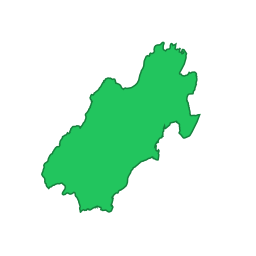 Antsohihy, Sofia, Madagascar (Equal Earth projection), rotated 26°
{"feature_id": "10022922B54557741887580", "entity_name": "Antsohihy", "entity_type": "district", "adm_level": 2, "iso_a3": "MDG", "parent_name": "Madagascar", "parent_adm1": "Sofia", "projection": "equal_earth", "projection_center": [48.096, -14.972], "detail": "fine", "context": "isolated", "style": "filled", "palette": "green", "viewbox_px": 256, "rotation_deg": 26, "n_neighbors": 0, "source": "geoboundaries", "source_scale": "gbopen_adm2", "svg_char_len": 5831}
<svg xmlns="http://www.w3.org/2000/svg" viewBox="0 0 256 256"><g transform="rotate(26 128 128)"><path d="M122.4,224.0L122.4,223.4L123.1,221.9L124.0,220.9L125.2,221.1L126.3,220.1L126.7,220.1L126.8,219.9L126.7,219.3L127.0,219.0L127.0,218.6L128.2,218.1L128.5,218.6L129.1,218.6L130.1,218.0L132.0,214.8L132.9,214.0L133.4,214.0L133.3,213.3L133.5,213.1L133.9,212.6L134.7,212.8L134.4,212.3L134.6,211.8L135.9,211.7L136.4,211.4L137.2,211.6L138.4,211.3L139.2,212.3L139.3,213.2L139.8,213.4L140.9,213.0L141.4,213.2L144.1,211.5L146.4,211.9L147.7,211.8L148.4,211.2L149.4,209.8L149.1,205.7L148.9,205.5L148.6,205.6L148.1,205.0L147.5,205.2L147.5,204.5L147.3,204.4L146.6,204.5L146.5,203.7L146.5,202.6L145.9,199.6L145.6,199.4L145.6,198.2L145.0,198.3L144.8,197.4L144.3,197.6L144.0,197.3L144.3,196.6L144.2,196.1L144.6,195.6L144.6,193.9L145.0,193.5L145.1,192.9L145.9,191.5L147.3,190.9L147.4,190.4L147.3,188.9L147.4,188.2L148.3,187.0L148.7,187.0L149.1,186.0L149.5,185.5L150.3,184.1L151.6,180.9L151.6,179.2L151.3,177.1L149.7,173.2L149.6,170.6L149.9,167.2L149.6,165.1L150.3,162.6L150.2,161.3L151.4,159.9L152.0,158.3L152.9,156.5L153.2,155.4L153.8,154.4L154.1,153.2L155.0,152.0L156.5,150.8L156.5,150.4L158.3,148.8L159.8,146.4L161.2,145.3L162.3,143.6L163.0,143.3L163.7,144.1L164.2,144.4L165.0,143.8L165.7,144.1L166.4,144.0L167.1,144.2L168.9,143.6L168.9,143.0L168.1,140.4L167.4,138.5L166.3,137.5L166.1,135.7L165.6,134.6L164.9,134.3L164.8,135.0L165.0,135.7L163.6,136.0L162.6,135.4L162.4,134.5L161.9,134.0L161.4,132.2L160.9,131.4L160.6,131.3L160.3,132.8L160.2,132.5L160.1,131.4L159.9,130.6L160.2,129.3L160.0,128.6L160.2,128.3L161.1,128.1L161.3,127.7L160.6,127.5L160.4,127.3L161.0,126.5L160.6,125.7L160.7,124.6L161.3,122.8L162.5,122.0L162.5,121.1L163.1,120.0L163.0,119.9L162.2,120.0L162.1,118.3L161.1,116.6L161.4,115.0L160.9,114.4L160.6,113.5L160.1,113.0L159.9,110.1L161.5,112.3L161.9,112.0L164.1,107.1L163.9,104.8L166.7,102.6L168.4,100.9L169.1,101.4L169.2,101.1L169.6,101.4L170.0,101.4L171.5,102.0L172.1,101.8L172.6,102.1L173.6,104.2L174.4,105.1L174.8,106.2L176.0,107.7L175.9,108.5L176.1,108.9L176.0,109.9L176.4,110.3L178.1,110.7L181.8,112.5L182.7,112.5L183.7,111.7L186.5,108.4L186.9,107.4L187.2,103.4L187.3,92.2L186.6,84.6L185.1,85.5L184.5,86.3L182.9,87.5L182.0,87.6L179.3,89.2L178.6,89.3L178.0,88.4L177.3,88.1L177.2,87.4L176.2,85.8L174.7,84.1L173.9,82.7L173.2,82.4L172.7,81.2L172.0,80.9L171.8,80.1L170.7,78.7L169.5,78.3L169.3,77.6L168.7,77.4L167.6,74.8L167.4,73.1L167.4,71.8L167.8,71.0L168.4,70.4L171.3,68.8L171.3,68.2L170.9,67.2L170.8,66.0L170.8,65.6L171.2,64.6L171.2,64.3L170.6,62.7L170.2,58.7L169.8,58.6L169.3,57.4L168.9,54.9L168.3,53.6L167.6,52.8L167.1,51.4L166.8,51.2L166.3,51.2L166.2,50.9L165.9,50.1L165.9,49.5L165.5,49.2L164.3,48.6L163.2,48.6L161.1,49.8L160.3,51.1L159.9,51.4L158.6,51.2L158.5,53.3L157.9,54.7L156.8,55.4L156.2,56.3L155.6,56.7L153.6,57.1L152.0,56.3L151.0,56.8L150.5,56.5L150.2,55.9L150.2,54.9L150.4,51.3L150.5,45.8L149.5,40.0L149.1,38.8L148.3,37.6L148.0,35.5L143.9,33.1L142.8,33.4L142.5,33.6L142.5,34.0L142.7,35.4L143.4,35.6L144.8,35.7L144.9,36.6L144.0,37.6L142.5,36.7L140.8,37.1L140.4,35.8L139.8,33.2L139.7,34.2L139.4,34.8L139.0,35.1L137.8,35.5L137.2,36.4L135.6,36.2L135.4,35.8L135.1,34.2L134.5,32.8L134.2,31.6L133.3,33.0L132.2,34.1L131.9,33.5L130.5,33.0L130.0,33.1L129.7,33.6L129.8,35.2L130.7,37.2L130.8,38.3L130.3,39.0L128.7,40.1L128.4,40.5L128.2,41.6L128.0,42.2L126.1,42.1L125.4,41.9L124.7,41.1L123.8,39.1L123.4,37.7L123.4,36.5L123.0,35.7L122.6,35.5L121.9,35.7L121.4,36.2L120.5,38.9L120.0,39.4L117.9,40.6L116.8,41.9L116.4,43.6L117.0,46.0L118.1,47.4L118.1,48.8L117.7,49.7L117.2,50.3L116.0,51.0L115.4,50.9L115.2,51.3L115.2,52.5L115.7,53.2L115.6,54.1L113.9,54.4L113.0,55.6L113.0,56.5L113.2,60.4L113.5,61.5L115.0,65.4L115.2,67.9L114.9,70.7L115.2,72.0L115.5,75.3L116.7,80.4L116.6,83.8L115.7,86.4L114.0,89.3L113.2,90.4L110.2,92.6L109.2,93.1L108.1,93.2L107.1,94.3L107.0,95.2L105.3,94.9L104.3,94.4L102.7,93.1L101.4,92.7L99.3,92.7L97.3,93.0L96.9,92.2L96.2,91.8L96.1,91.3L95.2,90.4L94.6,90.0L93.8,90.2L92.6,91.2L90.6,90.9L90.2,91.0L89.8,91.5L88.9,91.5L87.6,92.3L87.2,93.1L86.4,93.7L86.4,95.5L85.6,96.0L85.8,97.2L86.2,97.5L85.6,98.1L85.5,98.9L85.4,102.8L84.8,104.7L84.8,106.2L84.3,107.7L83.5,109.0L83.0,110.5L82.4,111.2L82.4,112.8L82.2,113.6L81.8,113.8L80.8,113.8L80.6,114.0L80.4,115.1L80.7,116.6L80.6,117.2L81.0,117.8L81.6,118.5L82.5,118.7L83.2,119.9L83.5,120.0L84.1,119.8L84.3,122.2L84.6,123.1L84.5,123.9L84.7,124.5L84.6,125.5L85.1,126.1L84.8,127.0L84.6,128.3L84.8,129.3L84.4,132.2L83.9,133.6L83.8,134.3L84.1,135.1L85.2,136.1L86.0,137.9L86.0,139.0L86.3,141.2L85.7,143.3L85.7,145.5L85.2,147.7L85.1,148.9L84.6,148.9L84.2,148.0L83.9,147.8L83.4,147.9L82.8,147.8L81.0,148.5L80.2,149.6L77.9,150.8L77.6,151.6L77.0,154.0L77.4,155.2L77.2,156.5L77.8,157.3L77.4,158.8L76.8,159.1L76.3,158.8L75.7,158.8L75.7,160.2L75.4,161.3L74.2,162.5L73.5,164.2L73.0,164.4L73.4,166.2L72.9,168.6L72.9,169.9L73.5,171.7L73.5,172.5L74.1,172.8L74.3,173.1L74.3,174.7L73.9,175.3L73.2,175.4L72.2,176.2L71.5,178.0L71.5,178.7L71.2,180.2L71.3,181.0L71.0,182.2L71.2,184.2L70.4,185.2L69.9,186.9L69.9,190.4L70.5,192.7L70.2,193.8L68.8,196.3L68.7,197.3L68.7,198.4L69.9,200.0L70.1,202.4L70.6,204.4L70.6,206.3L70.9,207.5L71.9,208.3L73.2,209.0L74.0,209.2L75.2,209.9L76.2,211.3L76.7,212.6L77.7,213.8L78.0,214.0L78.9,214.1L80.0,215.7L81.5,216.5L83.3,217.1L83.6,215.4L84.7,214.6L85.7,212.3L86.6,211.9L87.4,210.5L89.0,208.9L90.8,208.2L92.2,206.7L93.2,206.5L94.2,207.0L96.3,207.4L96.9,207.8L97.5,208.5L98.1,210.3L97.6,213.9L97.6,215.1L97.7,215.6L98.1,216.2L99.1,216.4L100.6,215.2L101.3,213.5L101.7,213.2L102.4,212.8L104.6,212.9L105.6,212.4L106.6,211.3L107.6,209.5L109.1,209.8L110.3,211.8L111.0,212.3L112.6,212.8L115.8,215.4L116.3,216.2L119.4,219.4L119.7,220.3L119.6,221.0L120.3,222.1L121.3,223.2L121.9,224.3L122.2,224.4L122.4,224.0Z" fill="#22c55e" stroke="#15803d" stroke-width="1.5"/></g></svg>